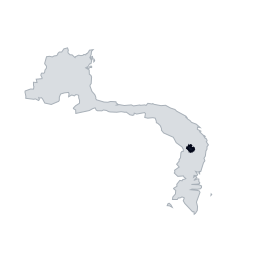 Dak Glong, Đắk Nông, Vietnam shown in context, rotated 315°
{"feature_id": "81297802B52664178073196", "entity_name": "Dak Glong", "entity_type": "district", "adm_level": 2, "iso_a3": "VNM", "parent_name": "Vietnam", "parent_adm1": "Đắk Nông", "projection": "mercator", "projection_center": [107.93, 12.03], "detail": "fine", "context": "in_parent", "style": "filled", "palette": "ink", "viewbox_px": 256, "rotation_deg": 315, "n_neighbors": 0, "source": "geoboundaries", "source_scale": "gbopen_adm2", "svg_char_len": 5639}
<svg xmlns="http://www.w3.org/2000/svg" viewBox="0 0 256 256"><g transform="rotate(315 128 128)"><path d="M158.7,47.9L156.4,48.0L153.9,50.0L150.8,51.2L150.0,54.7L147.3,56.3L146.1,55.5L143.4,56.3L140.6,55.5L141.6,59.5L138.7,62.6L139.0,64.6L138.3,66.2L133.3,70.6L131.9,70.7L130.8,71.4L128.4,76.6L128.1,81.0L127.0,83.5L125.9,84.5L125.7,85.9L129.4,92.7L131.9,95.5L134.4,96.9L138.0,100.9L137.4,102.0L137.7,104.3L136.0,103.6L136.2,103.9L138.2,105.1L141.3,109.5L146.7,114.0L147.5,116.3L152.7,120.1L152.6,120.6L156.3,123.6L156.7,124.8L159.5,124.6L162.0,128.1L162.8,128.2L163.1,129.6L167.1,135.5L170.6,138.5L172.2,144.0L174.3,148.1L174.3,150.5L177.3,160.6L177.1,161.9L176.5,160.6L176.6,164.4L177.1,166.4L176.9,168.9L179.0,173.6L179.3,178.7L177.8,176.5L176.1,178.0L177.3,181.7L176.0,181.3L176.1,186.2L176.7,187.9L176.5,188.6L175.9,187.3L175.3,189.6L175.8,191.2L174.9,193.0L173.6,193.1L172.9,196.8L170.6,197.1L168.9,198.8L166.8,199.4L162.9,202.5L160.4,203.1L159.1,205.6L156.9,205.9L148.7,210.2L147.7,209.1L146.3,208.8L145.1,206.4L144.3,210.2L143.6,210.4L142.4,209.7L141.2,208.2L139.5,209.2L141.4,209.5L141.9,210.5L141.6,211.7L137.5,211.6L141.2,213.1L142.0,214.2L140.2,216.0L140.2,217.3L139.3,217.9L137.3,216.7L132.9,212.7L138.1,218.4L139.0,221.0L137.8,222.1L136.3,222.2L133.9,220.5L130.0,216.4L128.6,215.9L133.2,221.6L133.9,222.9L133.4,224.4L124.0,228.8L121.5,232.9L118.6,235.3L115.5,236.0L113.8,235.8L115.5,233.7L114.4,232.9L114.8,221.5L115.6,218.5L118.3,217.3L118.3,216.6L117.4,214.9L115.2,214.2L114.2,213.0L112.3,213.4L108.9,210.0L110.9,208.5L114.9,208.2L117.6,205.9L117.3,203.2L117.6,202.9L121.4,203.8L122.7,202.3L127.6,201.7L128.9,203.6L130.1,203.2L132.4,204.5L133.3,204.5L132.8,202.7L133.3,201.1L129.0,197.4L128.9,192.5L130.0,192.3L131.1,190.8L136.6,191.8L136.8,188.0L140.8,187.6L141.7,186.5L144.0,186.2L148.0,182.9L149.6,182.7L150.5,183.6L152.1,182.1L152.8,179.5L151.7,172.5L153.5,166.6L149.7,156.7L150.1,153.2L151.3,152.0L152.5,149.1L152.4,145.9L151.8,144.3L152.8,143.2L154.2,140.3L152.9,138.3L148.9,135.0L147.3,132.4L150.5,130.2L150.6,128.8L144.0,124.3L142.9,121.9L141.4,122.9L140.2,122.3L138.7,120.0L138.0,115.5L137.0,114.8L134.8,111.7L131.1,108.8L126.7,104.0L125.8,102.6L125.2,100.4L123.4,97.9L121.7,97.4L118.6,94.2L118.2,92.8L119.0,90.5L116.9,89.4L113.0,88.3L101.4,80.8L103.8,78.2L103.1,75.8L103.4,75.3L106.6,75.2L111.2,76.2L113.4,74.1L114.4,71.9L116.0,70.2L116.0,69.3L114.8,67.5L112.8,67.4L111.6,64.9L108.1,63.9L110.4,62.2L111.1,60.8L107.9,58.2L104.4,56.3L101.3,57.6L99.0,59.8L97.8,60.1L90.4,57.1L86.8,51.5L88.2,46.9L88.2,45.3L86.8,44.5L86.4,43.4L85.3,45.3L84.2,45.3L83.1,41.9L81.7,41.1L76.7,34.7L78.2,33.4L80.6,29.7L81.5,29.1L86.6,31.5L88.7,33.7L90.8,32.2L90.9,31.5L93.5,28.8L95.8,31.5L97.6,28.6L102.1,32.3L102.8,31.6L103.7,29.0L105.0,28.3L105.9,28.2L107.1,29.7L108.2,29.8L110.3,28.3L112.6,28.0L114.1,26.6L114.5,23.7L115.1,23.2L120.8,20.0L123.1,21.7L124.7,24.2L126.7,24.8L128.8,26.4L130.5,26.2L131.0,25.7L133.1,25.7L134.9,27.4L138.6,26.7L141.9,28.6L140.8,30.8L139.2,31.8L138.7,32.9L138.8,35.3L140.2,36.8L140.3,40.8L141.2,40.4L144.6,41.6L145.9,43.6L147.5,44.7L148.8,44.8L149.9,46.4L151.1,45.9L151.6,46.5L154.0,46.3L155.7,45.7L158.7,47.9ZM103.9,210.3L104.0,212.7L103.2,215.4L102.3,212.4L100.8,210.6L102.8,209.8L103.9,210.3ZM153.5,52.3L151.5,54.1L150.7,54.1L151.7,51.5L153.5,52.3ZM145.5,59.3L144.9,59.4L143.8,58.2L144.4,57.5L145.6,58.0L145.9,58.5L145.5,59.3ZM152.3,56.6L151.5,57.0L150.6,57.0L152.7,55.0L152.3,56.6ZM142.1,56.6L143.0,58.6L141.8,57.6L142.1,56.6ZM147.8,209.5L146.2,211.1L146.1,210.3L147.8,209.5ZM140.1,234.3L139.0,234.3L140.2,233.4L140.1,234.3Z" fill="#d9dde1" stroke="#a8b0b8" stroke-width="1"/><path d="M157.6,190.0L157.9,190.1L158.0,190.2L158.2,189.9L158.3,189.9L158.5,189.9L158.5,190.0L158.7,190.3L158.8,190.2L159.0,190.2L159.3,190.1L159.4,189.9L159.9,189.6L160.0,189.7L160.3,189.2L160.5,188.9L160.6,188.7L160.4,188.6L160.2,188.6L160.2,188.4L160.1,188.2L159.9,188.1L159.7,188.1L159.8,188.0L159.7,188.0L159.7,187.9L159.7,187.7L159.5,187.4L159.4,187.4L159.4,187.2L159.2,187.0L159.2,186.9L159.2,186.7L158.9,186.5L158.7,186.5L158.7,186.4L158.6,186.2L158.8,186.1L158.8,185.9L158.8,185.7L159.0,185.5L159.3,185.5L159.3,185.4L159.5,185.3L159.5,185.2L159.6,185.3L159.8,185.3L159.8,185.2L159.9,185.3L160.0,185.3L160.3,185.4L160.4,185.2L160.4,185.3L160.5,185.3L160.4,185.3L160.5,185.3L160.5,185.2L160.6,184.9L160.6,184.7L160.5,184.4L160.4,184.3L160.3,184.5L160.2,184.5L159.9,184.6L159.7,184.5L159.6,184.4L159.6,184.5L159.4,184.4L159.2,184.3L159.2,184.2L158.9,184.1L158.8,184.3L158.8,184.2L158.8,184.3L158.8,184.2L158.8,184.3L158.7,184.3L158.6,184.1L158.6,183.9L158.7,183.7L158.4,183.6L158.2,183.7L158.1,183.8L158.0,184.0L158.0,183.9L158.0,183.7L158.2,183.4L157.9,183.5L157.7,183.7L157.5,183.8L157.4,183.8L157.3,183.7L157.2,183.7L157.2,183.8L156.7,184.0L156.4,184.1L156.2,184.1L156.0,183.9L156.0,183.7L155.9,183.4L155.8,183.5L155.7,183.7L155.6,183.9L155.4,183.9L155.2,184.0L155.4,184.3L155.4,184.5L155.5,184.5L155.4,184.6L155.3,184.8L155.3,185.1L155.3,185.3L155.5,185.3L155.7,185.5L155.8,185.7L155.8,185.8L155.7,185.9L155.8,186.0L155.7,186.2L155.6,186.3L155.6,186.5L155.3,186.7L155.3,186.8L155.2,186.9L155.4,187.0L155.6,187.1L155.6,187.3L155.7,187.5L155.9,187.6L156.0,187.8L156.0,188.0L155.9,188.1L155.7,188.2L155.4,188.5L155.4,188.4L155.3,188.5L155.2,188.5L155.3,188.6L155.2,188.7L155.2,188.8L155.3,189.0L155.2,189.1L155.3,189.2L155.5,189.2L155.6,189.3L155.8,189.4L155.9,189.5L155.9,189.4L156.0,189.4L156.3,189.3L156.4,189.2L156.5,189.2L156.6,189.3L156.6,189.1L156.8,189.1L157.0,189.1L157.3,189.1L157.5,189.1L157.7,189.4L157.6,189.5L157.5,189.8L157.6,190.0L157.6,190.0Z" fill="#0f172a" stroke="#020617" stroke-width="1.5"/></g></svg>